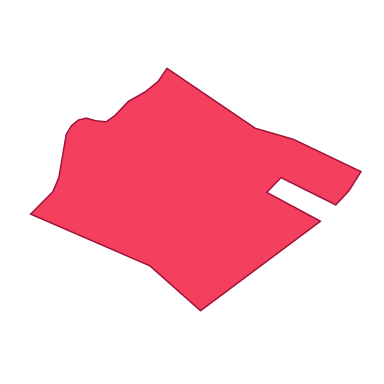 an SVG outline of Tuamasaga, rotated 119°
{"feature_id": "WSM-4984", "entity_name": "Tuamasaga", "entity_type": "state/province", "adm_level": 1, "iso_a3": "WSM", "parent_name": "Samoa", "parent_adm1": "", "projection": "natural_earth1", "projection_center": [-171.78, -13.929], "detail": "fine", "context": "isolated", "style": "filled", "palette": "rose", "viewbox_px": 384, "rotation_deg": 119, "n_neighbors": 0, "source": "natural_earth", "source_scale": "10m", "svg_char_len": 475}
<svg xmlns="http://www.w3.org/2000/svg" viewBox="0 0 384 384"><g transform="rotate(119 192 192)"><path d="M155.3,65.5L291.7,127.0L277.0,193.2L289.6,322.4L259.2,313.8L243.7,315.5L202.6,329.9L192.7,329.6L184.3,326.4L178.6,320.2L176.4,310.8L172.3,301.2L162.9,296.6L143.6,291.6L126.6,281.2L111.5,275.2L96.0,273.8L101.9,208.5L105.6,167.5L96.8,128.9L92.3,54.1L114.7,55.3L133.6,60.0L136.3,121.2L156.1,126.4L155.3,65.5Z" fill="#f43f5e" stroke="#9f1239" stroke-width="1.5"/></g></svg>